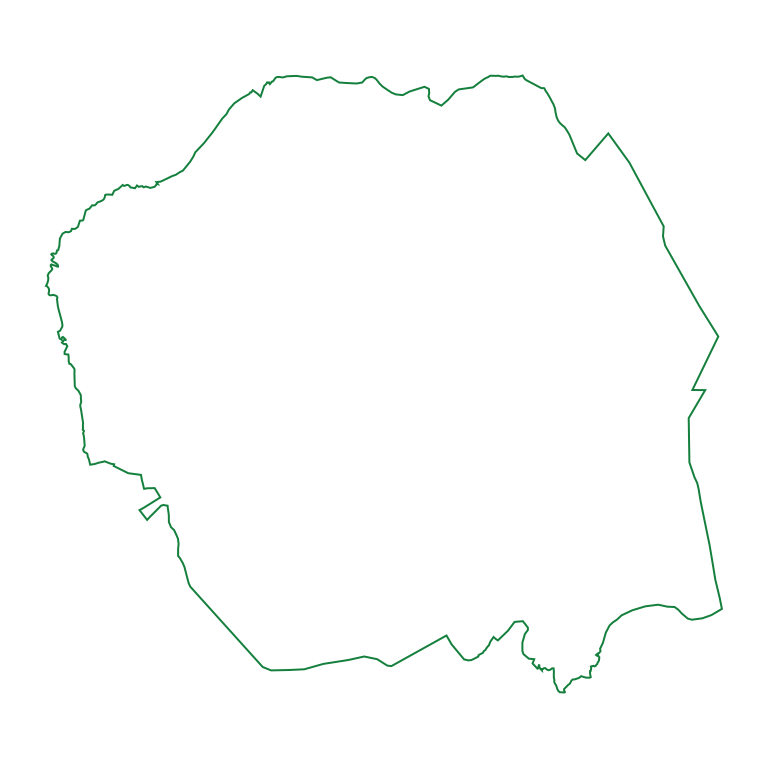 Angangueo, Michoacán, Mexico
{"feature_id": "50627088B88848492345112", "entity_name": "Angangueo", "entity_type": "district", "adm_level": 2, "iso_a3": "MEX", "parent_name": "Mexico", "parent_adm1": "Michoacán", "projection": "natural_earth1", "projection_center": [-100.311, 19.628], "detail": "fine", "context": "isolated", "style": "outline", "palette": "green", "viewbox_px": 768, "rotation_deg": 0, "n_neighbors": 0, "source": "geoboundaries", "source_scale": "gbopen_adm2", "svg_char_len": 5863}
<svg xmlns="http://www.w3.org/2000/svg" viewBox="0 0 768 768"><path d="M608.3,133.4L604.4,137.9L585.3,160.1L577.1,153.5L569.3,134.5L566.1,129.3L564.6,127.1L562.8,125.7L560.1,123.2L558.3,120.9L556.8,117.7L556.3,115.8L555.4,111.5L555.0,108.6L554.7,107.6L553.4,104.2L552.0,101.7L549.7,97.3L547.2,93.1L546.1,91.6L545.3,90.3L544.6,88.7L544.2,88.2L543.0,88.1L541.3,88.1L539.0,86.9L526.2,80.1L524.8,79.0L523.4,76.8L522.6,75.5L519.8,76.4L518.3,76.7L516.2,76.7L515.0,76.6L514.0,76.6L512.9,77.0L511.2,76.9L510.1,77.0L508.7,77.0L508.2,76.9L507.6,76.5L506.5,76.4L505.7,76.4L503.7,76.7L502.6,76.6L500.2,76.2L498.5,75.7L496.7,75.9L492.7,75.8L490.4,75.7L489.6,76.1L488.5,76.9L486.7,77.7L484.5,78.8L481.9,80.6L473.0,87.4L458.8,89.4L455.0,91.8L448.2,99.7L441.4,105.6L430.0,100.2L428.5,96.3L429.2,93.1L428.9,88.9L424.5,86.8L409.6,91.5L402.8,95.1L395.8,94.4L391.9,92.8L387.3,89.8L382.5,86.5L379.7,83.7L376.5,79.6L374.7,78.0L371.8,76.9L369.1,77.3L366.4,78.1L364.6,79.8L362.2,82.5L356.6,83.5L346.4,83.0L339.0,82.5L330.7,77.3L327.0,77.7L316.9,80.1L312.2,77.4L301.8,76.7L296.6,75.9L286.7,76.3L283.9,77.2L282.3,77.4L281.0,77.2L278.1,76.9L275.9,77.5L274.8,78.8L274.0,80.1L272.8,81.4L271.8,81.7L269.9,84.1L268.9,82.4L268.1,82.9L267.2,82.4L265.9,84.4L264.2,85.9L260.6,96.6L257.5,93.7L252.7,90.2L251.3,92.4L250.2,92.4L249.2,94.0L245.5,96.0L241.9,98.0L234.3,103.3L229.0,109.4L226.5,114.1L222.4,118.4L212.8,132.0L203.9,143.2L195.2,152.4L193.4,156.5L190.1,161.8L182.9,170.6L179.8,172.2L176.0,174.7L172.1,176.1L160.7,181.6L157.5,182.0L157.4,182.6L156.7,182.4L157.9,184.2L156.6,183.9L156.2,185.0L154.6,186.8L150.3,187.9L145.8,186.5L143.8,187.3L142.1,186.1L138.7,186.8L137.0,185.5L135.0,188.2L130.4,187.4L130.2,186.8L128.7,185.4L127.7,184.9L126.6,185.0L125.3,185.6L124.1,185.9L122.7,185.0L118.3,189.0L116.1,189.9L114.2,190.8L112.3,194.8L108.8,194.5L105.6,194.7L105.1,195.2L105.0,196.0L104.7,197.3L104.2,198.6L103.4,199.7L102.2,200.5L100.3,201.4L98.0,202.2L96.9,203.0L96.0,204.3L94.8,205.3L93.1,205.4L92.2,205.3L91.4,206.2L89.4,208.7L87.4,209.5L85.8,210.4L83.3,219.9L82.6,220.5L79.9,220.7L78.0,226.7L76.5,228.0L74.7,229.0L71.9,228.8L71.0,231.1L68.9,232.2L65.4,232.0L62.5,233.7L59.9,238.6L59.3,246.2L58.5,248.7L58.4,249.8L57.8,250.4L57.1,250.4L56.6,251.9L56.5,252.9L55.7,253.7L54.5,253.8L53.1,253.4L51.7,253.8L51.3,254.4L51.8,255.0L53.0,255.9L53.6,256.7L53.7,257.7L53.2,258.4L52.7,258.8L51.9,259.4L51.4,260.0L51.9,260.8L53.0,261.6L55.1,262.7L55.8,263.1L57.5,264.5L58.0,265.7L58.0,266.6L57.1,266.5L55.1,265.6L53.1,265.1L51.4,264.4L50.8,264.9L50.8,266.2L51.6,267.5L52.3,269.0L51.5,270.4L49.8,272.0L48.5,273.5L47.7,275.8L48.3,277.7L48.2,280.1L47.3,283.4L46.1,285.8L46.6,285.8L48.0,287.4L48.8,288.5L49.1,290.2L48.9,292.2L48.6,293.2L48.6,294.0L49.5,295.1L50.3,295.3L51.7,295.2L53.3,294.9L55.4,295.5L56.7,296.2L57.4,297.4L57.0,299.2L57.9,306.5L58.9,310.6L60.7,317.2L62.0,322.3L62.4,324.7L62.3,326.7L60.0,330.8L58.7,331.4L57.9,331.9L58.6,334.6L59.1,336.5L59.6,338.5L61.5,339.7L62.0,337.5L63.0,337.0L65.6,339.4L65.6,340.0L64.2,339.8L61.9,342.6L64.0,344.1L66.0,344.0L67.0,345.8L67.3,346.2L64.6,351.8L64.6,354.0L66.5,354.4L68.3,354.5L68.6,356.3L68.7,358.8L68.7,361.2L69.4,363.8L70.6,364.0L71.4,364.9L74.1,368.4L74.6,369.8L74.4,373.7L74.8,386.3L76.0,388.5L78.3,390.6L80.3,394.1L80.8,395.1L80.9,398.3L81.2,402.2L80.7,403.4L80.2,405.4L80.3,406.4L81.1,410.1L83.1,423.1L82.9,424.8L83.0,428.8L82.7,429.6L84.0,430.9L83.1,433.3L83.7,435.4L84.1,438.0L84.7,445.9L83.6,448.2L83.2,449.6L83.4,450.7L84.3,452.0L86.8,453.3L87.5,454.3L87.7,456.6L88.9,459.3L90.2,464.7L94.7,464.0L99.1,462.6L103.1,461.8L104.6,461.3L110.7,463.7L114.2,464.3L113.7,466.0L128.2,473.2L136.5,474.3L141.0,474.9L141.9,480.1L143.1,484.6L143.9,488.3L144.1,488.8L145.3,488.7L146.6,488.3L154.7,488.1L160.3,497.4L143.9,507.7L139.5,510.1L147.1,519.9L150.1,516.7L161.1,505.7L163.2,505.0L167.6,505.7L167.7,507.1L168.8,514.8L168.9,522.0L171.0,527.2L174.1,530.1L176.4,535.0L178.0,538.8L178.6,544.0L178.1,548.9L178.1,555.9L179.8,557.9L182.9,563.3L184.5,567.2L188.6,583.0L190.3,586.7L262.7,667.0L271.1,670.4L289.2,670.0L304.2,669.3L323.4,663.9L348.3,660.0L364.2,656.5L377.2,659.2L387.3,665.6L391.4,666.1L446.5,635.5L451.6,644.4L464.2,659.5L465.8,659.7L468.0,660.4L471.2,660.1L473.9,658.9L476.5,657.5L478.3,656.6L478.5,655.3L480.2,654.2L483.0,652.8L483.8,651.1L485.5,649.9L486.2,648.5L487.9,646.3L488.9,645.4L490.4,641.5L493.6,637.0L494.2,637.6L495.2,638.5L496.1,639.2L497.9,640.4L507.9,630.8L514.6,621.9L522.8,621.2L525.2,624.1L527.9,627.7L527.9,630.0L524.9,634.0L522.4,642.6L522.4,651.0L523.5,654.2L528.9,658.7L534.2,659.2L532.6,663.5L537.5,668.7L537.8,668.6L539.2,664.4L539.3,666.6L540.1,668.6L541.9,670.4L541.7,669.0L543.0,669.0L543.3,668.7L544.1,668.1L545.3,668.1L545.9,668.7L546.5,669.3L548.4,670.2L550.3,669.7L552.2,668.3L553.6,668.4L553.9,671.5L553.8,675.3L553.9,678.0L554.4,680.0L554.2,681.5L554.7,683.2L556.2,685.5L557.3,689.0L558.3,690.9L559.8,692.2L562.9,692.4L564.3,692.5L564.9,692.1L564.0,690.2L564.1,689.1L568.4,684.7L569.4,684.1L570.2,683.1L571.3,680.8L572.6,679.5L574.6,679.4L578.8,678.0L581.2,676.2L585.8,677.6L589.6,677.7L590.7,677.2L590.0,673.2L590.1,671.0L590.6,671.0L591.0,669.5L591.2,667.8L590.9,666.5L593.4,665.8L594.4,666.4L595.8,665.8L596.0,665.2L596.8,664.4L597.3,663.9L597.7,662.4L598.4,661.7L599.0,660.3L599.3,657.3L599.1,657.2L597.9,654.9L597.2,655.8L596.1,655.0L597.7,653.5L598.9,653.2L600.5,651.2L600.1,648.7L602.9,642.9L605.8,632.7L609.5,625.6L612.7,622.5L617.0,619.6L621.6,615.3L632.5,610.2L645.5,606.3L658.3,604.7L667.5,606.7L674.6,607.0L678.4,609.8L681.9,613.6L687.8,618.6L691.9,619.7L702.4,618.3L711.4,615.1L721.9,608.9L719.7,597.9L715.3,579.6L712.7,563.6L709.6,545.2L705.1,523.3L700.7,501.7L698.6,488.9L697.2,483.0L694.5,477.3L689.4,462.4L688.7,418.1L705.2,390.1L692.4,390.0L718.3,336.5L699.3,306.0L665.2,245.6L663.0,236.4L663.7,226.4L629.3,162.5L608.7,134.0L608.3,133.4Z" fill="none" stroke="#15803d" stroke-width="2"/></svg>